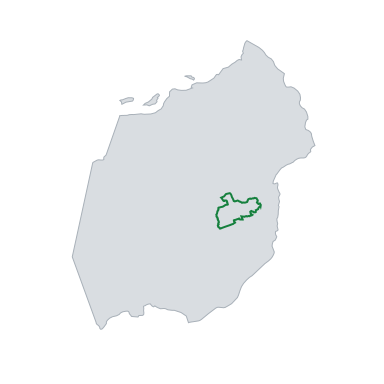 Chunya, Mbeya, United Republic of Tanzania (highlighted), rotated 250°
{"feature_id": "72390352B92011686492741", "entity_name": "Chunya", "entity_type": "district", "adm_level": 2, "iso_a3": "TZA", "parent_name": "United Republic of Tanzania", "parent_adm1": "Mbeya", "projection": "robinson", "projection_center": [33.407, -7.806], "detail": "fine", "context": "in_parent", "style": "outline", "palette": "green", "viewbox_px": 384, "rotation_deg": 250, "n_neighbors": 0, "source": "geoboundaries", "source_scale": "gbopen_adm2", "svg_char_len": 8472}
<svg xmlns="http://www.w3.org/2000/svg" viewBox="0 0 384 384"><g transform="rotate(250 192 192)"><path d="M148.5,268.8L144.9,266.7L141.6,265.4L138.9,263.9L137.7,262.5L135.2,261.9L133.0,261.7L131.0,260.4L126.9,259.9L126.4,259.0L126.3,257.1L125.6,256.6L124.1,256.1L122.5,256.1L121.5,256.4L120.9,256.3L119.6,255.1L118.3,253.7L117.8,251.3L115.9,249.8L113.7,248.7L107.7,248.8L106.7,248.4L105.3,247.2L103.6,245.3L102.2,243.1L101.0,240.1L99.8,236.0L92.8,219.8L92.1,216.7L90.7,213.3L88.5,209.2L86.1,206.1L82.9,203.3L79.3,200.5L77.3,198.6L73.5,191.0L72.8,187.4L72.2,183.7L72.4,182.2L74.7,177.4L75.0,176.1L74.7,174.3L73.5,170.5L72.1,165.9L69.1,157.5L68.6,155.3L68.7,153.8L70.4,145.2L70.4,144.0L77.4,144.2L82.5,140.5L86.9,134.9L87.8,132.5L89.6,129.0L91.4,127.2L92.1,125.9L93.1,122.4L95.4,119.9L97.7,118.1L97.2,116.8L97.5,116.3L98.8,115.3L101.2,114.5L101.6,112.6L101.6,110.5L101.2,109.3L101.3,107.9L100.9,107.2L99.4,107.0L97.0,105.9L95.1,105.5L93.7,104.9L93.2,104.4L93.0,103.1L94.1,99.9L93.0,98.5L95.5,93.1L95.9,92.5L96.8,92.4L98.2,91.8L99.5,91.5L100.5,91.7L101.3,91.5L102.0,90.9L102.6,89.1L103.1,86.0L102.8,83.5L101.8,81.6L101.5,78.6L102.0,74.7L101.6,71.4L100.5,68.8L99.4,67.2L97.6,66.5L94.9,62.5L94.0,60.5L94.2,59.3L95.1,58.8L96.9,59.0L98.5,58.5L100.1,57.4L101.6,57.1L102.3,57.3L172.0,57.3L253.4,108.7L253.7,109.3L254.4,113.8L254.2,115.2L253.0,117.8L252.6,119.1L252.6,120.1L252.9,120.4L254.0,120.6L254.9,121.2L255.2,121.6L255.9,123.6L256.8,124.5L287.7,149.8L288.4,150.1L287.9,152.3L286.2,157.4L286.1,159.5L285.4,162.0L284.7,163.7L282.9,170.9L281.4,173.6L279.4,180.0L279.0,184.8L280.1,188.2L280.6,191.4L282.9,194.5L284.8,195.6L286.1,197.0L288.4,200.3L289.7,203.6L293.8,205.2L295.4,208.8L294.8,211.3L292.9,213.4L291.1,216.8L289.6,221.3L289.6,228.0L290.6,227.0L292.7,228.7L293.0,233.7L290.7,239.5L290.0,242.2L289.9,244.6L291.5,251.5L294.0,255.1L293.8,256.2L293.1,257.1L297.3,263.4L296.9,268.9L298.5,273.1L299.2,276.8L300.2,279.6L300.4,281.6L299.1,283.7L302.2,284.3L304.0,286.0L304.8,287.7L307.0,287.7L308.2,288.8L309.9,289.8L313.7,292.6L314.8,294.0L315.4,295.4L304.8,304.4L301.0,306.7L298.3,307.7L295.4,308.3L292.6,309.7L290.0,312.0L286.7,313.1L282.6,313.1L278.4,314.6L271.6,319.3L267.7,316.7L264.7,315.9L261.2,316.0L259.0,316.3L258.2,316.8L257.6,318.4L257.0,321.0L254.7,323.5L250.6,325.9L246.9,326.8L243.5,326.2L241.2,325.2L240.0,323.8L238.2,323.1L235.8,323.3L233.6,324.2L231.4,326.1L228.0,326.9L223.3,326.7L220.8,325.8L220.4,324.2L218.4,322.4L214.6,320.3L211.8,320.3L210.1,322.3L208.4,323.5L206.9,324.0L205.6,324.1L203.7,323.6L198.5,323.3L193.6,323.4L193.1,320.5L192.1,318.8L191.2,317.7L189.5,317.5L189.0,316.7L188.5,314.9L187.6,313.3L186.5,312.1L185.8,310.9L185.6,309.8L185.8,308.6L186.8,305.7L187.2,303.7L187.0,301.6L186.5,299.5L185.3,296.9L185.4,296.2L185.1,294.5L185.0,293.3L185.2,291.8L185.0,289.8L184.0,285.6L184.0,284.5L182.9,282.4L179.7,277.6L179.5,277.0L174.4,272.1L172.3,271.0L171.6,271.9L171.3,272.8L171.5,274.3L171.4,275.1L171.2,275.5L170.0,275.4L169.2,275.2L167.2,273.9L165.7,273.6L162.0,273.8L160.6,274.1L159.6,273.8L157.6,271.6L155.3,271.1L153.2,271.0L149.7,268.5L148.5,268.8ZM294.4,187.4L296.1,192.8L295.8,193.8L294.6,194.4L294.0,194.5L293.3,193.6L292.7,191.8L291.8,192.2L290.3,190.1L288.8,190.0L287.4,187.4L287.9,185.1L287.6,181.3L289.3,179.4L290.3,176.1L291.3,178.3L291.5,181.8L293.0,186.0L294.4,187.4ZM302.7,155.5L302.8,156.8L302.4,158.0L302.5,161.8L302.4,164.3L301.1,167.8L300.0,169.1L299.1,168.7L298.4,168.1L297.8,167.2L299.0,160.7L298.4,156.1L300.8,156.5L302.7,155.5ZM299.0,232.8L297.8,233.1L297.3,232.8L296.6,231.8L297.9,230.9L299.1,229.1L302.0,226.6L303.3,224.6L303.1,226.5L301.5,230.9L300.1,231.2L299.0,232.8Z" fill="#d9dde1" stroke="#a8b0b8" stroke-width="1"/><path d="M176.7,217.5L176.0,217.8L175.8,217.8L175.4,218.0L175.0,218.0L174.6,218.2L174.2,218.2L173.8,218.3L173.4,218.5L173.1,218.5L172.9,218.6L172.6,218.9L172.5,219.2L172.6,219.4L172.5,219.6L172.7,220.0L172.8,220.1L172.5,220.7L172.4,220.8L172.1,221.5L171.9,221.6L171.4,221.6L171.0,221.7L170.8,221.6L170.5,221.4L170.3,221.5L169.9,221.6L169.6,221.5L169.4,221.5L169.2,221.4L168.9,221.4L168.3,221.5L168.0,221.4L167.9,221.2L168.0,220.9L168.1,220.3L168.4,219.8L168.4,219.6L168.3,219.1L168.3,218.6L168.3,218.4L168.0,217.8L168.0,217.5L167.9,217.1L167.9,216.7L167.7,216.3L167.7,215.9L167.7,215.7L167.7,215.4L167.8,214.9L167.9,214.4L168.0,212.8L168.2,211.9L168.2,211.7L168.1,211.4L167.9,211.2L167.4,211.1L167.1,211.0L166.9,211.0L166.8,210.9L166.6,210.9L166.4,210.6L166.2,210.4L165.9,210.4L165.7,210.3L165.4,209.5L165.3,209.4L165.2,209.3L164.9,209.2L164.6,208.9L164.3,208.8L164.1,208.7L163.8,208.5L163.3,208.2L163.2,208.1L162.8,207.7L162.7,207.5L162.6,207.4L162.5,207.2L162.4,207.1L162.1,207.1L161.8,207.1L161.7,207.1L161.2,206.9L161.0,206.7L160.8,206.7L160.5,206.8L160.3,206.7L160.2,206.7L160.1,206.8L159.8,207.0L159.6,207.1L159.4,206.9L159.2,206.9L158.9,206.9L158.7,207.0L158.4,207.2L158.1,207.1L157.7,206.9L157.6,207.0L157.4,207.0L157.3,206.9L157.2,206.8L156.9,206.9L156.7,206.8L156.3,206.9L155.7,206.9L155.4,207.1L155.1,207.0L154.8,207.0L154.5,206.9L154.4,206.9L154.2,206.5L153.9,206.4L153.7,206.1L153.0,206.0L152.9,206.0L152.9,205.8L152.7,205.8L152.7,205.6L152.4,205.4L152.2,205.3L152.0,205.1L151.9,204.9L151.7,204.8L151.4,204.9L151.0,204.9L150.8,204.8L150.7,205.0L150.2,204.9L149.9,204.9L149.8,205.0L149.7,205.1L149.5,205.3L149.2,205.4L149.0,205.6L148.9,205.6L148.4,205.6L148.4,205.8L148.2,205.8L148.0,206.2L147.9,206.3L148.0,208.2L148.0,209.0L148.0,212.0L147.9,216.3L148.0,216.8L147.9,217.1L148.0,218.1L147.9,219.5L148.0,219.9L148.2,220.4L148.3,220.9L148.5,222.0L149.0,221.9L149.4,221.6L149.7,221.6L149.9,221.5L150.6,221.5L151.1,221.7L151.1,222.1L151.1,222.3L151.1,222.5L151.0,223.1L150.9,224.0L151.0,224.3L150.9,226.6L151.0,226.9L151.0,227.1L150.1,227.2L149.9,227.7L149.6,228.0L149.5,228.4L149.4,228.7L149.3,228.9L149.2,229.3L149.0,229.6L148.9,229.8L148.8,230.2L149.3,230.2L149.8,230.1L150.1,230.2L150.5,230.1L151.3,230.1L152.2,230.1L152.0,230.5L151.9,230.7L151.7,230.9L151.6,231.3L151.4,231.7L151.3,232.0L150.7,233.0L150.8,233.3L150.9,233.6L150.9,233.8L150.9,234.0L150.7,234.5L150.7,234.9L150.3,235.2L150.2,235.7L150.1,235.8L150.1,236.1L150.1,236.4L150.1,236.7L150.1,237.1L149.8,237.5L149.6,237.8L149.7,238.0L149.8,238.2L149.8,238.4L149.7,238.6L149.8,239.0L149.8,239.3L149.8,239.5L149.6,239.9L149.6,240.1L149.7,240.3L149.7,240.5L149.8,240.8L149.9,240.7L150.0,240.7L150.4,240.5L150.8,240.3L150.8,240.1L151.0,239.8L151.4,239.7L151.9,239.8L152.1,239.8L152.5,240.0L152.9,239.9L153.1,239.9L153.3,240.1L153.6,240.1L153.8,240.6L153.9,241.0L153.9,241.3L153.5,241.5L153.3,241.9L153.0,242.1L152.9,242.2L152.7,242.6L152.6,242.8L152.1,242.9L151.7,243.1L151.6,243.3L151.6,243.5L151.5,244.3L151.4,244.4L151.3,244.5L151.3,244.9L151.8,245.0L152.2,245.4L152.3,245.6L152.6,245.8L152.9,245.8L153.1,245.8L153.1,246.1L153.1,247.1L153.2,247.9L153.3,247.9L153.3,248.0L153.5,248.4L153.6,248.5L153.9,248.7L154.2,248.9L154.4,249.3L154.5,249.5L154.9,250.0L154.9,250.7L155.0,250.8L155.3,251.0L155.3,251.3L155.3,251.6L155.2,251.6L155.9,252.0L156.4,252.2L156.7,252.0L156.9,252.0L157.3,252.0L157.6,252.0L158.7,251.9L158.4,251.8L158.2,251.7L158.2,251.4L158.2,251.2L158.0,250.4L158.2,250.2L158.6,250.3L158.8,250.1L159.1,249.8L159.4,249.7L159.7,249.5L159.9,249.4L160.0,249.4L160.2,249.7L160.3,249.9L160.6,250.1L160.7,250.3L160.9,250.5L161.0,250.6L161.5,250.9L162.1,250.9L162.3,250.8L162.3,250.7L163.8,250.5L164.0,250.5L164.3,250.1L164.5,249.7L164.7,249.2L165.0,249.0L165.1,248.8L165.1,248.6L164.9,248.0L164.9,247.6L165.2,247.2L165.3,246.6L165.3,246.2L165.3,245.8L165.3,245.6L165.3,245.4L165.5,245.0L165.6,244.7L166.0,244.4L166.0,243.9L166.0,243.6L166.0,243.2L166.0,242.8L166.0,242.7L165.8,242.2L165.6,242.1L165.4,242.0L165.3,241.9L165.1,241.4L164.8,241.2L164.6,241.1L164.3,240.8L164.1,240.8L164.0,240.7L163.8,240.5L163.8,240.1L163.8,239.5L163.8,239.0L163.9,238.3L163.9,238.1L164.0,237.9L164.1,237.6L164.2,237.3L164.4,237.1L164.5,236.9L164.5,236.7L164.6,236.2L164.8,235.9L164.7,235.7L164.8,235.2L165.6,234.7L166.0,234.4L166.2,234.0L166.6,233.8L166.8,233.4L166.9,233.2L167.7,232.7L167.9,232.5L168.1,232.3L168.3,232.0L168.4,231.9L168.4,231.4L168.4,230.6L168.5,230.3L168.4,230.0L168.5,229.4L168.6,229.0L168.6,228.9L168.7,228.7L169.2,228.4L169.3,228.2L169.8,228.3L170.4,228.1L171.1,228.2L171.5,228.1L172.1,228.0L172.3,228.0L172.5,228.0L173.3,227.8L174.4,227.8L175.2,227.9L176.3,227.8L177.4,227.5L177.9,227.2L178.0,227.0L178.0,226.9L178.4,223.8L178.4,223.1L176.9,220.7L176.7,217.5Z" fill="none" stroke="#15803d" stroke-width="2"/></g></svg>